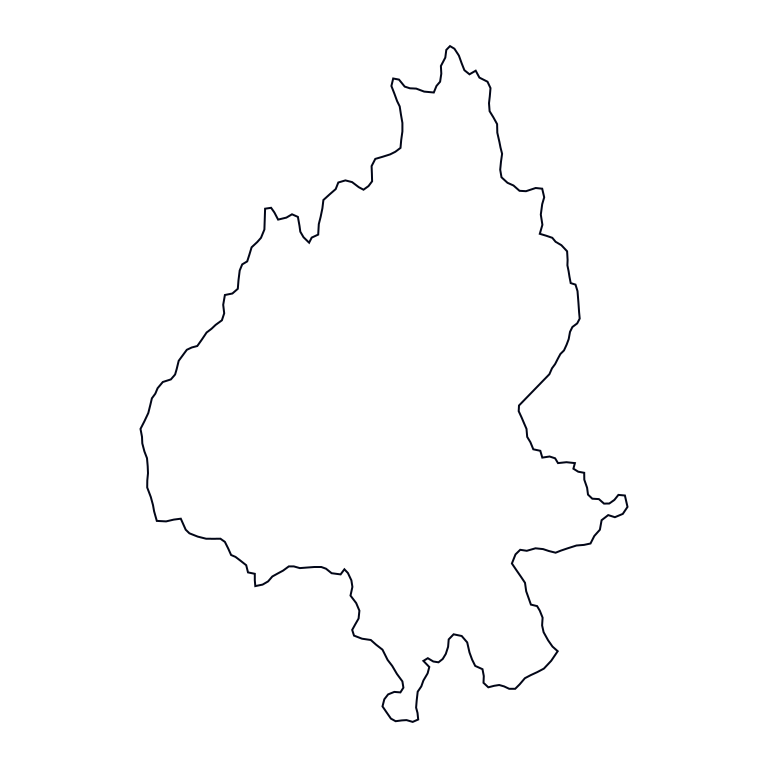 Pau Brasil, Bahia, Brazil
{"feature_id": "56859067B52793357327632", "entity_name": "Pau Brasil", "entity_type": "district", "adm_level": 2, "iso_a3": "BRA", "parent_name": "Brazil", "parent_adm1": "Bahia", "projection": "robinson", "projection_center": [-39.68, -15.46], "detail": "fine", "context": "isolated", "style": "outline", "palette": "ink", "viewbox_px": 768, "rotation_deg": 0, "n_neighbors": 0, "source": "geoboundaries", "source_scale": "gbopen_adm2", "svg_char_len": 4000}
<svg xmlns="http://www.w3.org/2000/svg" viewBox="0 0 768 768"><path d="M475.7,70.7L469.5,74.3L464.4,70.2L461.7,63.4L458.9,55.6L454.4,48.7L450.0,46.1L446.3,49.9L445.3,57.6L440.9,66.0L441.3,73.7L440.1,81.7L436.5,85.9L433.8,92.5L424.2,91.6L416.2,88.6L409.9,88.3L404.7,86.6L399.0,79.6L393.2,78.5L391.4,86.0L394.4,93.7L397.1,101.1L399.7,106.4L401.0,114.9L402.4,122.9L402.4,131.5L401.2,140.1L400.5,147.9L395.3,151.8L390.1,154.4L382.5,156.8L375.3,158.9L371.6,166.1L371.9,173.8L372.1,181.3L368.5,186.1L363.5,189.7L358.8,187.2L352.1,182.1L345.4,180.4L338.3,182.5L335.7,189.1L329.6,194.4L323.4,200.0L322.4,208.3L320.6,217.0L318.8,224.1L318.2,234.6L311.7,237.6L309.1,242.7L303.5,237.2L300.3,231.7L299.5,225.9L297.9,216.9L292.0,214.3L286.4,217.6L278.1,219.6L274.4,212.5L271.1,207.8L265.1,208.7L264.4,229.5L261.0,237.8L257.3,242.0L251.6,247.3L249.3,254.9L247.2,261.4L242.2,264.4L239.7,270.5L238.5,280.2L237.8,288.8L232.4,293.5L224.9,295.0L223.2,304.8L224.2,313.3L221.9,320.3L215.6,324.9L211.6,328.7L206.6,332.5L201.9,339.5L197.3,346.0L191.7,347.5L186.8,349.8L183.7,354.0L178.7,360.8L176.7,369.0L175.1,374.5L170.9,379.4L162.8,382.0L157.6,388.2L155.3,393.7L151.9,398.3L150.4,404.6L148.3,413.0L144.4,421.3L140.5,428.9L142.0,436.8L142.3,443.4L144.4,451.4L147.0,458.2L147.7,466.2L148.0,473.2L147.3,480.4L147.2,487.5L150.8,497.0L153.0,505.1L154.1,511.3L156.8,520.9L166.1,521.4L173.8,519.6L180.8,518.7L185.7,529.7L189.4,533.3L197.7,536.6L206.0,538.7L213.4,538.8L220.4,538.7L224.9,541.9L228.2,548.5L231.1,555.0L235.5,556.9L241.0,561.1L246.2,565.2L248.0,572.4L254.8,573.8L254.8,580.3L255.3,586.1L262.6,584.6L268.1,581.4L272.3,576.5L277.7,573.5L283.1,570.6L288.8,566.4L293.8,566.4L299.8,568.1L306.3,567.6L314.3,567.0L321.3,567.0L326.0,568.7L331.6,573.2L340.6,574.4L344.4,569.3L347.9,573.0L351.4,580.4L352.4,586.9L350.5,595.6L356.2,603.1L359.4,610.7L358.6,618.5L355.0,624.8L352.2,629.9L354.0,635.6L362.0,638.7L370.8,640.0L376.1,644.7L382.5,649.7L387.6,659.9L392.2,665.9L396.9,673.9L402.4,681.4L403.4,687.7L400.4,692.4L394.3,691.9L388.1,694.4L384.3,699.3L382.5,706.4L386.4,712.1L390.9,718.6L395.6,721.2L401.8,720.4L406.5,720.1L412.7,721.9L418.2,719.5L417.5,712.9L416.1,707.6L416.7,700.4L417.7,691.7L421.3,686.4L423.4,680.5L427.6,673.4L429.3,667.0L423.4,660.9L427.8,658.2L433.3,661.5L438.5,662.3L442.7,659.0L445.8,653.9L448.1,646.8L448.7,639.4L453.6,634.3L461.7,636.0L467.2,642.4L469.5,652.5L472.1,659.6L475.2,665.9L482.5,669.2L483.8,676.1L483.5,682.8L488.3,687.3L494.2,685.8L499.2,685.0L504.1,686.4L509.2,688.8L515.2,688.8L519.7,684.3L524.9,678.2L530.8,675.1L537.3,672.1L543.9,668.6L551.2,660.8L557.7,651.2L552.5,646.6L548.1,640.3L543.6,632.2L542.1,625.4L542.6,617.7L539.8,610.7L537.1,606.1L530.9,604.6L528.3,597.2L526.2,591.3L525.0,582.8L521.2,577.1L516.7,570.6L511.9,563.5L515.5,554.4L520.2,549.8L526.8,550.8L535.5,548.3L543.1,549.1L548.8,551.0L555.6,552.7L560.9,550.6L567.7,548.3L576.5,545.5L584.0,544.9L590.5,543.5L594.3,536.0L599.9,529.7L601.6,520.2L608.2,515.1L614.9,517.2L622.8,513.9L627.5,506.9L624.9,495.5L618.4,494.9L614.4,499.9L609.3,503.5L604.0,503.6L598.9,499.1L592.3,498.7L588.0,494.6L587.1,487.8L584.3,479.7L584.2,472.8L578.2,471.7L573.4,468.7L574.9,463.1L566.4,462.2L558.0,463.1L555.1,458.3L549.6,456.5L542.3,457.6L540.3,450.8L533.3,449.3L530.4,442.2L527.2,436.9L526.5,428.9L524.2,423.6L521.7,417.7L518.7,411.2L519.0,405.5L549.4,374.2L552.0,368.3L555.1,364.1L557.8,358.8L560.4,354.0L564.0,350.4L566.6,344.7L568.7,339.1L570.0,331.9L572.4,327.0L577.2,323.4L579.7,318.6L579.1,312.3L578.4,302.2L577.5,291.1L575.5,284.6L570.7,283.1L569.5,276.9L568.6,271.2L567.4,265.3L567.6,259.9L567.1,251.3L561.4,245.2L555.6,241.8L552.3,237.8L546.1,235.7L539.8,233.8L542.4,224.8L540.8,214.6L542.2,204.2L544.2,197.3L542.2,188.7L535.7,188.0L526.0,191.2L519.5,190.8L513.5,185.5L507.5,182.8L501.5,177.3L500.2,169.7L501.0,161.6L502.1,153.8L500.5,147.5L499.4,141.9L497.3,132.7L497.1,124.1L493.3,117.2L489.6,111.2L489.0,103.2L489.8,96.3L490.5,88.1L487.5,81.7L479.4,77.6L475.7,70.7Z" fill="none" stroke="#020617" stroke-width="2"/></svg>